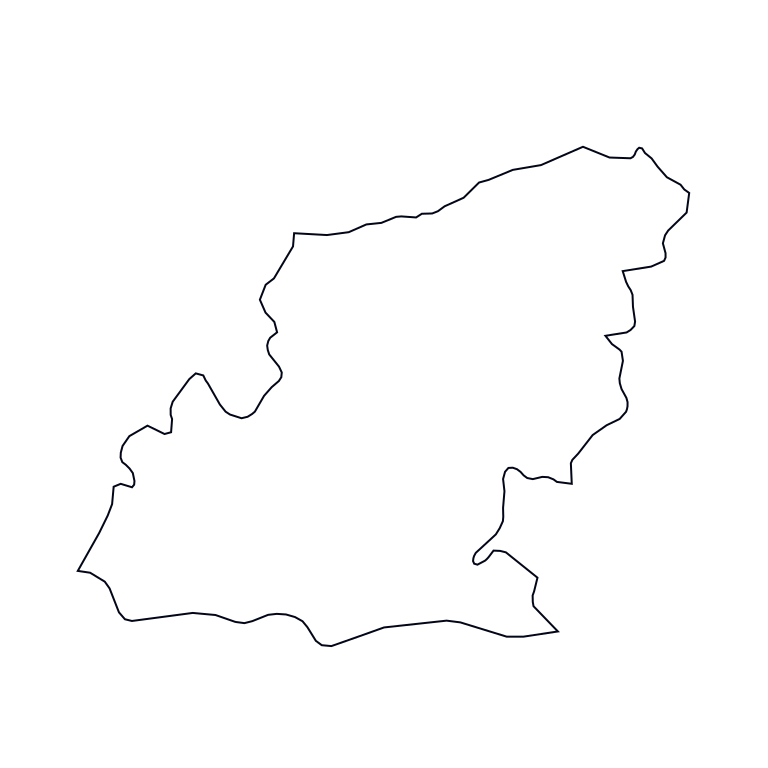 the District of Viseu, rotated 193°
{"feature_id": "PRT-755", "entity_name": "Viseu", "entity_type": "District", "adm_level": 1, "iso_a3": "PRT", "parent_name": "Portugal", "parent_adm1": "", "projection": "mercator", "projection_center": [-7.901, 40.768], "detail": "fine", "context": "isolated", "style": "outline", "palette": "ink", "viewbox_px": 768, "rotation_deg": 193, "n_neighbors": 0, "source": "natural_earth", "source_scale": "10m", "svg_char_len": 2456}
<svg xmlns="http://www.w3.org/2000/svg" viewBox="0 0 768 768"><g transform="rotate(193 384 384)"><path d="M496.2,121.0L518.9,117.9L576.3,96.4L583.5,96.5L590.9,101.9L605.4,123.1L611.6,128.6L627.9,134.0L640.3,133.0L628.0,174.8L623.6,193.7L621.9,205.8L624.3,223.1L618.1,227.5L606.3,226.7L604.8,229.7L605.3,233.3L608.7,240.7L612.9,244.4L617.4,247.2L621.4,249.0L624.1,253.0L625.0,257.9L624.8,264.8L620.4,275.9L605.1,290.2L586.6,285.9L580.6,289.1L582.6,302.2L584.9,305.9L586.4,312.2L585.9,319.2L574.8,345.0L569.8,352.0L562.0,351.7L558.5,347.3L555.7,344.9L539.3,327.1L532.1,321.4L527.2,319.6L515.1,318.6L509.5,321.4L505.7,325.2L503.6,328.0L498.2,345.5L492.7,355.7L487.1,363.3L485.6,367.5L486.2,372.2L490.2,377.3L502.5,387.0L504.9,391.0L506.5,395.2L506.4,399.9L505.3,403.5L499.8,410.3L504.8,419.8L515.5,426.9L523.9,438.2L521.6,454.1L515.0,462.1L503.6,497.6L505.5,510.7L473.1,516.3L452.5,524.0L437.1,535.5L422.8,540.4L409.8,549.6L404.8,551.2L390.2,553.5L385.4,558.4L375.4,561.0L370.3,564.5L364.9,570.8L348.3,583.4L336.7,601.7L328.0,606.4L306.7,621.6L280.3,632.6L243.5,659.9L215.2,655.4L194.6,659.4L192.5,661.3L191.3,664.0L190.9,667.1L189.8,669.9L188.5,671.6L185.5,671.6L181.7,667.8L174.0,664.0L166.3,657.3L154.9,649.1L139.9,644.9L135.2,641.1L129.6,638.8L127.7,619.1L141.6,597.5L143.6,592.1L143.9,583.8L139.1,574.8L138.1,570.6L138.8,567.0L150.1,558.5L176.8,547.7L171.1,538.0L168.0,534.1L164.7,530.9L161.9,526.8L158.8,515.3L153.4,501.3L153.1,496.8L155.9,492.1L159.2,488.8L179.1,480.8L170.9,474.2L162.2,470.5L159.8,468.9L156.4,460.3L155.9,442.3L154.4,437.8L151.4,432.5L144.7,425.0L142.6,421.1L141.7,417.0L141.6,414.1L141.9,411.4L146.5,403.0L157.8,393.9L169.2,381.2L179.1,359.9L183.4,352.5L184.1,348.8L178.6,329.0L193.5,327.5L197.4,329.2L203.1,330.1L208.9,329.1L217.6,324.8L223.3,324.6L227.4,326.4L231.2,329.1L235.3,330.9L239.7,331.4L243.9,330.2L246.3,325.7L246.6,318.2L242.5,306.6L240.1,290.0L237.9,281.4L237.3,277.1L238.8,269.6L241.2,262.6L256.6,240.1L257.5,236.8L257.6,235.9L257.7,234.3L257.4,231.5L255.7,229.2L252.3,229.0L245.8,234.6L244.5,236.4L243.2,238.7L239.8,246.3L233.3,247.5L227.4,247.4L190.9,229.8L191.1,215.7L191.6,211.4L190.0,205.1L188.3,201.1L158.9,182.0L191.5,169.1L207.5,165.4L256.0,168.9L269.8,167.5L329.2,146.8L350.6,133.1L376.3,116.8L385.9,115.5L392.6,118.4L403.9,129.8L410.0,134.5L418.3,136.9L427.6,137.4L436.8,135.9L445.0,133.0L459.0,123.3L466.2,119.6L474.6,118.8L475.8,118.8L496.2,121.0Z" fill="none" stroke="#020617" stroke-width="2"/></g></svg>